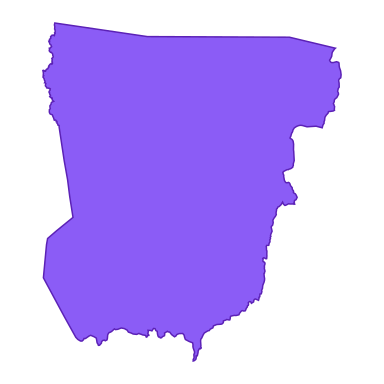 outline of Antofagasta de la Sierra, Catamarca, Argentina
{"feature_id": "61730980B49626425367328", "entity_name": "Antofagasta de la Sierra", "entity_type": "district", "adm_level": 2, "iso_a3": "ARG", "parent_name": "Argentina", "parent_adm1": "Catamarca", "projection": "equal_earth", "projection_center": [-68.193, -26.047], "detail": "fine", "context": "isolated", "style": "filled", "palette": "violet", "viewbox_px": 384, "rotation_deg": 0, "n_neighbors": 0, "source": "geoboundaries", "source_scale": "gbopen_adm2", "svg_char_len": 5821}
<svg xmlns="http://www.w3.org/2000/svg" viewBox="0 0 384 384"><path d="M335.4,48.2L289.4,37.2L147.4,36.6L54.8,23.0L54.4,24.9L54.8,26.7L54.6,29.1L55.0,29.5L55.2,31.7L55.1,32.3L54.6,32.8L55.1,33.5L54.3,34.6L54.5,35.2L54.2,35.7L53.6,35.3L52.1,35.1L51.8,35.5L51.6,36.0L50.8,36.3L50.6,36.7L50.8,37.3L50.6,37.9L50.7,38.4L49.5,39.3L49.6,39.6L49.4,40.6L49.6,41.0L48.8,41.2L49.0,41.8L49.7,43.2L49.7,43.6L50.1,44.4L51.1,45.1L51.3,46.0L51.6,46.6L51.5,46.9L50.6,47.4L50.2,48.1L49.3,48.2L49.5,49.8L49.2,50.8L50.5,52.4L51.3,52.3L52.6,53.9L52.8,55.5L53.2,56.5L52.9,57.6L52.4,57.8L51.8,58.6L52.3,59.6L52.0,60.3L52.3,61.2L51.9,61.9L52.4,62.5L52.4,63.7L51.8,64.2L51.1,63.6L49.9,64.4L48.6,66.2L48.6,66.5L48.9,66.6L48.9,67.0L47.9,68.2L47.7,68.9L46.7,69.1L46.4,69.4L45.7,70.4L45.5,71.2L44.7,71.3L44.2,70.6L43.5,70.3L42.9,70.5L43.4,73.1L43.2,75.3L43.7,75.8L43.2,76.1L43.0,77.1L44.1,78.6L44.3,79.9L45.0,81.2L45.0,81.8L44.6,82.7L45.0,82.7L45.8,83.5L45.4,85.2L45.4,85.9L46.4,87.0L46.5,87.4L47.0,88.1L48.1,88.0L48.8,88.4L49.2,88.3L49.5,88.7L50.0,88.6L50.3,88.8L49.9,90.6L49.3,91.1L49.0,92.0L49.1,92.4L49.6,92.8L49.5,93.4L49.8,94.3L50.3,94.8L50.5,95.4L50.2,96.0L49.7,96.4L50.4,97.4L50.9,97.4L51.4,98.1L51.8,97.8L52.2,98.1L52.2,99.8L53.1,100.8L53.7,101.3L51.6,102.3L51.3,102.7L51.0,104.2L50.6,104.9L50.0,105.5L49.9,106.9L50.3,108.7L49.4,109.6L49.3,111.8L49.5,112.8L50.2,114.0L52.3,114.8L52.8,116.0L52.9,116.6L53.4,117.4L54.3,120.2L55.2,120.0L56.0,120.4L56.2,121.6L56.8,121.4L57.0,121.8L57.1,122.2L56.9,123.0L57.5,123.7L58.1,125.3L58.9,125.4L59.2,125.8L59.1,126.9L64.2,160.7L67.6,179.8L69.7,196.4L73.0,217.4L56.3,231.0L47.6,238.5L46.5,244.7L43.4,277.8L64.3,316.6L75.8,337.3L77.8,339.4L79.9,340.7L80.9,341.1L82.2,341.0L83.6,339.6L84.0,338.5L85.5,338.5L89.1,336.0L90.7,335.3L94.2,336.8L96.3,338.1L97.1,342.8L98.0,344.2L98.3,345.2L98.8,345.4L99.6,345.2L101.4,343.2L101.6,341.7L102.7,340.5L104.3,340.1L105.2,340.8L107.0,339.9L107.4,338.4L107.7,334.8L108.4,333.5L109.2,332.5L110.1,332.3L111.6,331.5L114.4,328.9L115.5,329.6L117.8,329.3L121.2,328.0L124.4,328.6L127.2,330.2L128.4,332.1L131.3,333.1L133.1,334.0L136.7,334.4L139.0,333.4L139.7,333.9L141.3,334.3L142.5,334.9L145.2,335.3L145.8,335.9L146.3,337.1L147.0,336.9L147.5,335.6L148.8,335.4L148.6,334.5L147.8,333.7L148.3,331.7L148.0,330.3L151.0,330.5L151.9,330.9L153.5,328.5L155.0,328.6L155.9,330.6L157.2,331.3L157.5,334.0L158.0,336.0L158.6,337.0L159.6,337.0L160.3,337.9L161.6,337.7L162.4,336.7L164.5,335.7L164.7,334.2L164.5,333.1L167.4,331.3L168.1,331.9L169.7,332.1L171.6,334.6L174.5,336.8L175.8,336.1L176.9,334.5L177.8,334.1L179.3,333.6L182.7,333.5L184.1,335.1L184.6,337.4L185.4,339.5L189.2,341.5L192.6,342.8L193.0,344.8L192.9,346.1L193.1,347.7L194.5,351.7L194.5,352.9L193.9,354.5L193.9,355.4L194.1,357.3L193.9,358.2L193.2,359.4L193.2,361.0L194.4,360.6L195.8,359.4L196.2,357.9L196.2,355.9L197.3,355.8L198.0,352.8L198.2,350.8L199.5,348.5L200.4,348.8L201.1,348.2L201.2,347.7L200.7,346.6L200.9,345.8L200.6,341.1L200.7,339.8L201.1,338.7L201.7,338.1L203.1,335.0L204.3,333.0L207.9,330.8L209.2,330.6L210.2,329.2L212.9,327.8L213.4,325.9L216.8,324.5L221.1,324.2L222.1,323.9L223.3,322.7L223.4,320.9L226.0,320.0L226.6,319.5L229.3,320.0L229.9,319.8L230.3,318.0L230.3,317.0L230.9,316.1L234.2,315.4L236.0,315.5L238.9,314.8L239.6,313.2L241.4,311.0L242.3,310.6L243.5,311.0L245.1,310.9L245.6,310.2L246.3,308.3L247.3,307.0L247.4,305.9L248.3,305.3L248.5,304.7L248.5,303.8L248.3,302.6L249.4,301.6L250.7,301.8L251.4,303.3L253.6,301.9L253.8,300.4L254.5,299.3L255.5,299.0L258.5,300.3L259.0,298.5L259.0,297.3L259.5,297.1L259.8,296.7L259.9,294.1L261.3,293.8L261.6,292.5L261.9,291.7L261.6,290.4L262.5,288.3L262.6,286.7L262.9,285.0L264.0,282.3L264.5,280.3L264.6,278.7L264.2,276.2L264.0,273.6L264.5,273.1L264.5,272.5L265.0,271.2L264.3,268.2L264.5,267.0L264.3,266.1L264.9,264.3L265.0,263.1L264.3,262.1L263.2,261.6L262.9,261.0L263.1,258.8L262.8,258.5L263.3,257.9L263.9,257.8L264.6,258.0L265.7,258.7L266.6,258.7L266.7,258.4L266.9,255.9L266.8,254.2L266.9,251.3L266.8,250.6L266.5,250.2L266.4,247.2L266.2,246.4L266.7,245.4L268.3,245.4L268.8,245.2L269.1,243.3L269.9,242.0L270.0,241.1L269.8,239.8L270.5,238.7L270.2,237.6L270.9,236.3L270.5,235.8L270.8,234.3L272.1,231.2L271.2,227.2L271.4,226.4L272.6,225.2L273.2,222.7L272.9,220.2L273.9,218.3L275.4,216.3L276.3,214.6L276.1,213.8L276.1,212.5L276.5,210.4L276.5,209.1L277.3,208.4L277.8,207.1L279.0,206.6L280.9,204.9L282.6,202.1L283.4,204.1L284.8,205.4L285.6,205.3L288.8,203.7L289.7,204.0L292.7,204.0L293.3,203.8L294.0,204.3L294.7,204.1L294.0,202.6L294.4,202.1L294.3,201.2L294.6,200.4L295.8,199.9L296.3,199.3L296.5,198.6L297.1,197.6L297.1,197.2L296.0,194.8L295.3,193.8L293.5,192.7L293.4,192.1L293.6,191.2L292.3,189.2L292.2,187.7L290.5,185.6L289.8,183.5L289.2,182.8L288.5,182.4L286.9,182.8L285.9,182.6L285.0,181.5L284.4,180.3L283.7,176.5L283.8,175.8L283.7,175.0L283.2,174.0L282.9,172.3L283.9,171.3L286.9,169.7L288.5,169.6L289.1,169.1L290.7,168.7L292.7,167.3L292.8,166.5L293.3,165.6L293.3,163.8L294.2,160.6L293.7,151.1L293.5,150.0L293.6,144.1L293.1,141.1L292.1,139.5L290.2,138.3L290.0,138.0L290.3,137.1L290.7,136.6L291.7,133.0L292.0,132.8L292.6,131.6L293.0,130.0L294.3,127.9L296.6,126.4L298.6,125.6L300.2,125.3L302.0,125.4L307.0,126.8L316.1,126.2L322.2,127.8L322.9,125.2L324.1,123.2L324.0,121.9L324.6,120.3L324.9,117.4L326.1,115.3L328.1,113.1L328.3,111.9L328.9,111.5L329.8,111.5L333.2,111.0L334.5,110.3L334.3,109.4L334.6,106.5L334.1,105.6L334.0,104.8L333.5,104.0L333.4,103.5L334.2,101.8L334.4,99.9L335.2,98.8L336.8,97.6L338.5,94.3L338.4,93.1L337.6,91.3L338.3,88.4L339.2,87.1L339.1,83.1L338.7,81.0L338.7,80.1L339.5,78.6L340.6,78.0L340.8,77.5L341.1,74.8L340.6,70.8L339.5,67.7L339.2,66.0L339.0,63.0L338.6,62.4L336.6,61.7L333.1,62.6L331.4,62.5L330.8,62.2L329.6,60.5L329.7,59.8L330.4,59.0L331.7,56.3L332.1,53.0L332.4,52.1L334.5,49.0L335.4,48.2Z" fill="#8b5cf6" stroke="#5b21b6" stroke-width="1.5"/></svg>